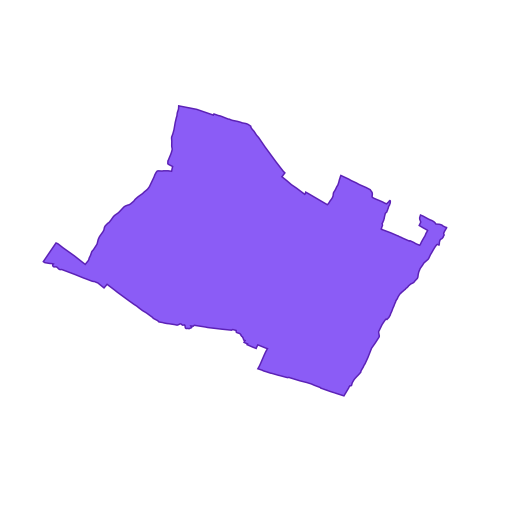 the district of Draguseni, Iasi, Romania, rotated 226°
{"feature_id": "2599482B87373690339338", "entity_name": "Draguseni", "entity_type": "district", "adm_level": 2, "iso_a3": "ROU", "parent_name": "Romania", "parent_adm1": "Iasi", "projection": "orthographic", "projection_center": [27.486, 46.891], "detail": "fine", "context": "isolated", "style": "filled", "palette": "violet", "viewbox_px": 512, "rotation_deg": 226, "n_neighbors": 0, "source": "geoboundaries", "source_scale": "gbopen_adm2", "svg_char_len": 6114}
<svg xmlns="http://www.w3.org/2000/svg" viewBox="0 0 512 512"><g transform="rotate(226 256 256)"><path d="M353.0,342.4L355.9,341.8L357.5,341.2L358.8,340.4L361.4,338.5L362.8,337.9L365.7,336.2L369.9,333.3L371.4,332.5L372.9,331.9L373.7,331.2L377.2,329.6L379.7,328.5L381.9,327.4L383.0,326.6L387.4,324.4L387.0,323.2L402.7,315.2L417.7,304.7L416.1,303.0L415.4,302.1L414.1,299.6L413.5,298.6L411.7,296.4L410.9,294.9L408.2,290.7L403.8,284.7L401.5,280.8L400.2,278.0L399.4,277.1L397.0,275.1L393.9,272.0L393.2,271.4L391.1,270.0L390.5,269.2L389.1,266.8L388.0,264.5L387.3,262.8L386.0,259.9L385.5,258.5L384.9,258.1L384.3,257.3L383.9,256.9L383.4,256.6L382.1,256.9L378.3,258.2L375.6,254.1L378.4,251.9L381.5,248.7L382.3,247.5L385.2,244.8L385.7,244.0L385.7,243.5L385.5,242.2L384.7,239.7L383.6,237.4L379.9,227.5L379.6,225.8L379.4,224.3L379.5,222.3L379.7,220.3L379.7,217.7L380.5,212.6L380.6,211.3L380.7,208.3L380.4,206.7L380.4,205.4L380.6,202.0L380.9,200.5L381.7,199.1L382.6,197.0L383.0,195.5L383.0,194.2L382.7,188.3L382.7,187.0L383.4,182.6L383.4,180.9L382.6,176.7L382.2,173.5L382.5,172.2L382.5,171.3L382.4,168.5L382.0,167.2L381.7,166.6L380.4,164.7L379.8,163.0L378.7,157.1L378.0,155.1L377.4,153.8L375.5,150.8L374.9,149.7L373.4,143.2L373.4,142.2L373.2,140.9L372.2,138.9L371.4,137.4L370.3,134.3L369.7,133.6L369.2,132.2L368.6,127.3L382.5,125.4L395.9,122.9L402.4,122.0L404.3,121.2L403.8,118.7L399.7,99.1L398.6,99.3L397.9,99.5L394.1,102.3L391.8,104.3L391.0,104.7L391.0,104.0L390.8,103.6L390.3,103.1L389.7,102.9L389.0,102.9L388.4,103.2L387.3,104.5L386.7,104.9L385.8,105.1L383.6,105.1L382.7,105.4L382.2,105.7L381.2,106.9L368.3,113.0L359.7,116.8L357.9,117.7L351.9,120.5L350.8,121.2L349.6,122.2L347.7,122.9L347.3,123.2L346.6,123.5L345.9,123.6L338.6,124.5L339.1,129.2L329.3,130.7L326.8,131.0L312.2,133.5L305.7,134.7L302.9,135.4L300.3,135.7L295.7,136.4L291.3,137.6L284.4,138.8L283.6,138.9L282.5,138.8L277.7,140.4L276.5,140.3L276.0,140.4L273.0,142.6L271.6,143.4L269.3,145.0L267.7,146.4L263.2,149.8L261.1,151.2L260.6,152.1L259.9,154.3L259.3,154.8L257.3,155.1L256.9,155.6L256.0,156.7L255.0,156.4L253.5,155.3L252.9,155.2L252.3,155.4L251.5,156.4L250.3,157.3L250.0,157.7L249.8,158.5L249.3,159.7L249.3,160.2L249.5,160.5L249.8,160.6L250.7,160.4L251.0,160.5L249.1,162.1L249.1,163.1L249.0,163.5L239.9,170.4L238.2,171.5L226.6,181.0L219.5,187.0L219.5,187.8L219.1,188.3L216.2,190.0L215.5,189.3L214.8,188.9L214.0,189.1L211.6,190.4L210.8,190.5L210.5,190.4L209.9,190.5L209.3,190.0L208.8,190.1L208.2,189.9L207.2,190.1L206.8,190.0L206.5,189.8L206.1,189.8L205.7,189.6L204.0,188.8L202.8,189.4L202.7,189.0L202.6,188.6L202.2,187.4L199.7,188.4L198.7,188.9L198.4,188.0L192.6,190.4L189.4,191.9L190.0,193.2L190.8,195.6L183.1,199.0L181.4,199.9L180.3,196.3L179.1,193.2L175.1,183.6L174.4,181.7L173.6,179.0L169.6,181.1L168.1,181.6L165.6,183.0L161.6,185.1L160.7,185.8L154.4,189.4L153.7,189.9L148.7,192.9L146.6,194.2L146.2,194.7L145.9,195.3L145.6,195.5L144.9,195.8L135.7,200.9L129.6,204.7L126.5,206.4L125.4,207.0L122.6,208.1L116.9,210.8L116.4,210.9L116.0,210.8L106.8,215.4L94.3,222.1L96.7,231.0L97.2,232.2L97.4,233.4L96.8,234.0L96.6,234.5L96.7,235.2L97.3,236.0L98.0,237.3L98.9,240.5L99.1,241.8L99.3,245.1L99.3,246.3L99.4,247.6L99.4,248.4L99.5,249.2L99.6,250.3L99.7,250.8L100.1,251.2L100.5,252.0L101.6,256.0L102.3,257.7L102.7,259.5L104.1,263.1L105.2,265.9L109.4,275.1L110.6,281.4L112.2,288.2L112.4,288.6L112.9,289.2L115.6,291.0L116.4,291.7L119.1,299.1L120.2,304.1L120.3,305.6L120.0,306.0L119.4,306.1L119.5,308.9L120.3,311.6L120.9,312.6L121.9,315.2L123.4,318.3L124.2,320.4L125.1,322.2L126.1,324.7L126.7,325.6L126.7,326.2L127.0,326.8L127.0,327.7L127.9,329.8L128.4,331.7L128.8,333.9L128.6,334.5L128.6,334.8L128.8,335.1L128.8,335.5L128.6,336.0L128.5,339.2L128.3,340.4L128.5,340.8L128.5,341.9L128.3,342.6L128.4,344.5L128.6,345.0L128.5,345.5L128.4,347.9L128.2,348.2L128.2,348.5L127.7,349.8L127.4,351.1L127.7,353.4L127.8,356.5L128.4,357.8L130.3,360.2L131.5,362.1L132.9,365.3L133.1,366.1L133.7,369.4L134.3,371.7L134.3,372.7L134.1,376.8L134.1,377.9L134.4,378.9L135.8,382.5L136.2,384.2L137.3,387.9L137.9,390.1L138.3,391.9L138.6,393.9L138.3,394.6L136.8,395.2L137.3,396.2L138.3,397.2L139.2,398.6L139.6,399.3L139.7,400.3L139.7,400.7L139.4,401.6L139.4,402.5L139.5,403.3L139.6,403.8L140.0,404.5L140.4,405.9L141.7,406.5L142.1,407.0L142.9,409.1L143.8,412.5L143.9,412.8L144.1,412.9L145.1,412.3L146.7,411.7L147.5,411.4L148.8,411.3L150.2,410.7L151.5,409.9L152.9,408.6L153.4,408.1L154.1,407.6L155.8,407.9L157.5,407.7L159.5,407.1L161.2,406.3L163.1,405.6L168.6,403.9L171.2,402.8L169.9,400.4L169.4,399.9L168.7,399.3L166.3,398.3L165.8,397.8L164.6,394.6L159.8,395.9L157.3,396.7L155.3,397.2L155.1,397.2L155.0,396.9L154.2,394.0L153.3,392.1L152.9,390.9L152.3,388.6L151.2,384.9L150.3,382.6L150.0,381.2L153.1,379.8L154.2,379.4L156.2,378.9L160.0,377.4L160.2,377.2L160.2,376.7L167.0,373.9L168.8,373.3L170.3,372.6L170.9,372.4L171.5,372.3L172.4,371.8L178.7,369.2L186.1,365.7L188.1,364.7L188.5,364.8L188.8,365.8L189.4,366.5L190.0,368.0L190.3,368.4L191.8,369.3L192.0,370.4L192.5,371.2L192.8,372.3L193.4,373.2L193.8,374.1L194.8,375.4L196.7,378.4L196.8,378.7L196.9,379.8L196.8,380.6L197.0,381.0L197.5,382.0L197.7,382.6L198.3,383.6L198.7,384.7L199.2,385.2L199.5,385.8L199.9,387.4L200.2,388.0L200.4,388.3L200.6,388.5L200.7,389.0L201.0,389.5L202.1,390.7L202.4,390.9L202.9,390.8L203.0,390.1L202.8,389.4L202.8,387.8L202.8,387.1L202.8,386.4L202.9,386.1L204.7,385.3L206.7,384.7L209.9,383.4L212.8,382.1L215.7,380.9L216.7,380.6L217.4,380.5L217.8,380.6L218.2,380.9L219.7,382.7L220.5,383.3L221.2,383.7L221.9,383.8L224.4,384.2L228.7,382.8L235.7,379.9L239.0,378.9L244.1,376.9L246.9,376.1L255.0,373.0L254.2,371.3L253.8,370.7L253.0,369.1L251.5,366.7L250.2,364.2L249.7,362.1L248.8,359.8L248.2,357.9L247.9,356.4L247.5,355.4L245.7,353.2L245.3,352.4L244.9,351.5L244.5,349.9L244.1,347.3L243.6,345.6L243.4,344.4L243.3,343.2L243.4,342.9L243.5,342.9L264.6,337.0L267.4,336.1L266.6,334.8L266.5,333.9L276.6,332.3L282.8,331.0L288.7,330.5L295.0,329.7L295.7,334.5L298.4,334.5L310.1,335.8L319.6,337.1L328.5,338.3L339.5,340.2L342.6,340.3L347.1,341.2L349.9,341.3L352.1,341.7L353.0,342.4Z" fill="#8b5cf6" stroke="#5b21b6" stroke-width="1.5"/></g></svg>